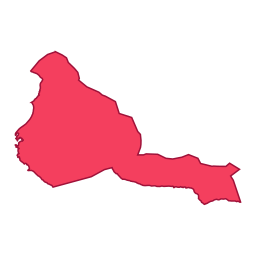 Do'rvoljin, Dzavhan, Mongolia
{"feature_id": "93677404B7521455207939", "entity_name": "Do'rvoljin", "entity_type": "district", "adm_level": 2, "iso_a3": "MNG", "parent_name": "Mongolia", "parent_adm1": "Dzavhan", "projection": "albers", "projection_center": [94.118, 48.049], "detail": "fine", "context": "isolated", "style": "filled", "palette": "rose", "viewbox_px": 256, "rotation_deg": 0, "n_neighbors": 0, "source": "geoboundaries", "source_scale": "gbopen_adm2", "svg_char_len": 5483}
<svg xmlns="http://www.w3.org/2000/svg" viewBox="0 0 256 256"><path d="M239.5,169.3L229.6,163.2L225.9,166.4L217.3,166.3L215.6,166.2L213.7,166.1L211.9,166.3L211.2,166.1L200.6,163.5L197.9,158.3L188.5,154.6L181.9,157.2L172.7,159.0L165.9,158.3L157.7,154.3L146.1,153.9L143.5,154.9L137.7,154.9L140.5,147.4L140.9,144.5L141.0,140.4L140.4,134.4L137.7,131.5L131.7,117.5L119.2,113.5L115.4,101.6L105.4,96.2L102.3,95.1L98.9,92.2L86.9,86.9L78.6,80.1L79.3,78.4L77.8,72.4L74.4,68.4L68.3,62.5L66.5,57.9L62.2,55.0L55.4,51.7L55.4,51.8L47.6,54.5L39.2,60.8L30.4,71.4L30.6,71.3L31.2,71.5L32.0,71.9L33.0,72.1L33.6,72.5L35.2,73.0L36.1,73.4L36.6,73.5L37.1,73.8L37.3,74.0L38.1,74.5L38.4,74.9L39.3,75.5L39.5,76.1L40.1,76.7L40.4,77.3L42.0,78.3L42.2,78.6L42.6,79.3L42.7,79.6L42.6,79.9L41.6,81.8L40.7,82.9L40.4,83.5L40.3,84.0L40.2,84.3L40.2,84.7L40.1,85.2L40.1,85.4L40.4,86.1L40.2,86.8L40.4,87.6L40.4,88.2L40.3,88.6L40.0,89.4L39.9,90.1L39.8,90.3L40.0,90.8L39.3,91.5L39.4,91.9L39.5,92.2L39.4,92.4L39.3,92.5L39.2,92.9L39.0,93.1L38.8,93.7L38.7,93.9L38.7,94.6L39.2,95.0L38.9,95.4L38.5,95.5L38.3,95.7L37.8,96.2L37.6,96.7L36.8,97.4L36.7,97.8L36.3,98.3L36.0,98.5L35.6,98.6L35.3,98.8L34.8,99.4L34.7,99.8L34.2,100.1L34.0,100.7L33.6,101.1L32.8,101.5L32.5,101.8L32.0,102.0L31.6,102.3L31.9,102.3L31.9,102.6L31.9,102.9L32.3,103.3L32.8,104.4L33.3,105.1L33.7,107.2L33.7,107.7L33.7,108.2L33.4,110.1L33.3,111.5L32.9,112.9L32.9,113.6L32.4,114.5L31.6,116.4L31.3,117.0L29.8,119.4L25.9,123.9L24.7,124.8L24.3,125.1L20.5,127.8L19.0,129.1L16.4,132.2L15.8,133.0L15.4,133.9L15.4,134.4L15.4,134.7L15.5,135.2L16.1,134.9L16.0,134.7L16.0,134.2L16.1,133.9L16.5,133.8L16.8,132.9L17.0,132.8L18.4,133.3L18.6,133.5L18.3,134.8L17.9,135.5L16.7,136.6L16.7,136.9L16.9,137.3L16.9,137.8L15.9,138.3L15.8,138.5L16.2,138.9L17.0,139.6L17.1,139.8L17.3,140.6L17.5,140.7L17.7,140.1L17.8,139.8L18.1,139.3L18.1,139.1L18.6,138.5L18.8,138.4L19.0,138.5L19.3,138.5L19.4,137.8L19.5,137.6L19.8,137.5L19.9,137.9L20.0,137.9L20.6,137.7L20.7,137.9L20.8,137.9L20.9,138.2L21.0,138.3L21.4,138.2L21.6,138.3L21.5,138.8L21.6,139.0L21.8,138.7L22.0,138.6L22.2,138.9L22.4,139.0L22.8,139.6L23.2,140.0L23.2,140.3L23.0,140.5L22.6,140.6L22.3,141.1L22.1,141.1L21.8,140.9L21.6,141.0L21.2,141.2L20.8,141.3L19.6,142.0L19.1,142.5L18.9,142.6L18.7,143.2L18.7,143.7L18.5,145.3L18.1,145.5L18.1,145.9L18.0,146.0L17.9,146.0L17.8,145.8L17.2,145.7L16.2,144.9L15.6,144.9L15.4,144.9L15.4,145.0L15.4,145.4L15.5,145.6L16.5,146.5L16.2,146.8L16.1,147.0L16.7,147.2L17.7,147.6L18.0,147.8L18.8,148.2L19.0,148.5L18.9,148.7L18.6,148.7L18.2,148.6L18.1,149.8L18.0,150.3L18.1,151.5L18.3,152.0L18.5,152.1L18.5,152.3L18.4,152.6L18.4,152.8L18.3,153.2L18.3,153.4L18.7,153.4L18.9,153.6L18.5,153.9L18.2,153.9L17.8,154.3L17.3,155.0L17.2,155.6L17.6,156.0L17.8,156.5L17.9,157.2L17.9,157.3L18.0,157.3L18.3,157.0L18.8,156.8L19.2,156.9L19.4,157.0L19.5,157.7L19.4,158.1L19.8,158.4L19.8,159.0L19.9,159.4L20.0,160.2L20.1,160.3L20.6,160.7L21.2,161.4L21.6,161.6L21.9,161.9L22.5,162.2L23.1,162.7L24.3,164.0L24.6,163.9L25.0,163.4L25.7,163.4L26.3,163.6L26.8,164.7L27.0,164.8L27.2,164.4L27.3,164.4L27.4,164.6L27.7,164.8L28.1,165.3L28.6,165.8L29.1,167.1L29.2,167.6L29.3,167.9L29.4,168.6L29.3,168.8L28.9,169.2L29.1,169.3L29.0,169.5L28.8,169.7L28.4,169.7L27.9,170.3L28.1,170.5L28.7,170.4L29.0,170.6L29.5,170.4L31.7,170.5L32.6,170.9L33.5,171.4L34.3,172.1L35.9,173.8L37.4,175.2L38.0,175.8L39.1,176.3L40.5,177.5L41.3,178.5L42.0,179.6L42.9,179.9L43.2,180.2L43.5,180.7L44.8,181.9L46.5,182.6L46.8,182.6L47.1,182.9L47.5,183.4L48.1,183.9L49.4,184.2L50.1,184.7L50.7,184.9L51.1,185.2L51.5,185.2L51.8,185.4L52.2,185.9L53.0,187.1L91.3,176.7L104.4,169.6L112.1,167.6L112.2,167.9L112.3,168.7L112.8,169.1L112.9,169.7L113.5,170.2L113.6,170.9L114.2,171.9L116.2,173.7L116.8,173.6L116.9,173.8L117.4,173.8L118.5,175.5L119.4,176.2L119.9,176.9L120.9,178.0L122.5,179.2L122.8,179.3L123.6,179.2L125.2,179.4L127.0,180.1L127.9,180.3L128.9,180.5L129.7,180.6L130.8,181.2L131.8,181.3L132.5,181.5L133.2,181.5L135.9,182.2L136.4,182.5L136.7,182.8L137.6,183.1L138.3,183.6L138.8,183.6L140.3,184.1L140.8,184.5L141.2,184.6L141.6,184.8L142.2,185.0L143.0,185.4L145.1,185.6L147.9,185.4L149.6,185.4L150.3,185.6L151.5,186.0L154.0,185.8L155.2,185.8L156.7,186.4L159.9,186.5L161.9,186.0L163.8,186.4L168.8,186.1L171.9,186.4L172.4,186.2L172.9,186.3L173.1,186.4L173.3,186.5L173.3,186.8L173.6,187.3L173.9,187.6L174.4,187.4L174.7,187.2L174.8,186.9L175.2,186.8L176.3,186.7L177.1,187.1L179.1,187.3L180.0,187.1L180.4,186.7L180.7,186.7L181.4,187.1L181.6,187.2L182.1,187.0L182.4,187.3L183.0,187.5L183.3,187.5L184.0,187.0L185.6,187.2L185.6,187.3L185.7,187.7L186.0,188.0L186.6,187.9L187.9,187.6L188.8,187.5L190.1,188.0L191.0,187.9L191.2,188.0L192.7,188.7L193.5,189.4L193.7,189.7L193.8,190.1L194.2,191.5L194.5,192.1L195.3,193.0L196.2,193.6L197.0,193.7L198.2,194.7L198.4,195.1L198.5,195.7L198.6,197.3L198.5,198.3L198.5,198.6L200.0,200.2L200.7,200.7L201.1,201.0L201.6,202.4L201.8,202.5L202.2,202.5L202.4,202.6L203.6,203.8L204.4,204.3L204.8,204.3L205.0,204.2L205.4,203.7L206.2,203.7L206.7,203.4L207.2,203.3L208.4,202.5L210.5,201.4L211.0,201.2L211.6,201.2L212.9,200.8L213.8,200.2L214.5,199.8L215.2,199.6L216.6,199.3L217.3,199.5L218.1,199.8L218.8,199.8L219.3,199.7L220.7,199.0L221.1,198.9L223.7,199.1L225.6,198.7L226.9,199.3L228.4,200.5L228.9,200.8L230.5,200.8L230.9,201.0L232.1,201.0L235.2,201.0L236.6,201.6L236.8,201.6L237.4,201.3L238.6,201.4L238.9,201.6L239.6,202.1L240.3,202.2L240.6,202.1L233.3,180.3L230.6,176.0L237.0,171.2L239.5,169.3Z" fill="#f43f5e" stroke="#9f1239" stroke-width="1.5"/></svg>